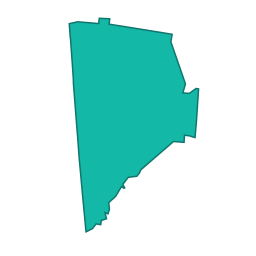 outline of Cherokee, Alabama, United States of America, rotated 185°
{"feature_id": "52423323B74850919464616", "entity_name": "Cherokee", "entity_type": "district", "adm_level": 2, "iso_a3": "USA", "parent_name": "United States of America", "parent_adm1": "Alabama", "projection": "mercator", "projection_center": [-85.586, 34.233], "detail": "fine", "context": "isolated", "style": "filled", "palette": "teal", "viewbox_px": 256, "rotation_deg": 185, "n_neighbors": 0, "source": "geoboundaries", "source_scale": "gbopen_adm2", "svg_char_len": 828}
<svg xmlns="http://www.w3.org/2000/svg" viewBox="0 0 256 256"><g transform="rotate(185 128 128)"><path d="M188.6,184.0L186.7,171.7L186.3,167.8L178.6,121.6L178.5,120.8L177.6,116.1L177.4,114.7L176.4,108.5L173.9,93.1L172.8,87.1L169.6,69.3L164.2,39.4L164.1,39.2L162.3,29.3L161.2,23.0L160.7,20.9L154.7,24.6L151.4,29.7L146.8,29.3L146.5,33.5L141.5,35.8L143.5,41.7L140.5,40.7L139.4,45.3L140.7,52.0L134.3,58.9L129.4,69.1L126.9,67.6L126.1,68.1L128.3,71.4L123.4,78.9L115.0,80.7L112.6,84.4L111.6,87.5L81.5,118.5L70.9,118.6L71.1,125.8L65.9,125.5L60.4,124.3L60.4,140.2L61.1,173.1L63.6,173.3L70.0,167.8L76.4,167.8L74.6,176.9L92.8,217.6L92.2,225.2L100.4,225.8L155.9,229.8L155.7,235.2L166.2,234.8L166.3,229.5L187.5,229.4L195.6,226.8L193.5,213.6L193.2,212.8L189.1,187.2L188.6,184.0Z" fill="#14b8a6" stroke="#0f766e" stroke-width="1.5"/></g></svg>